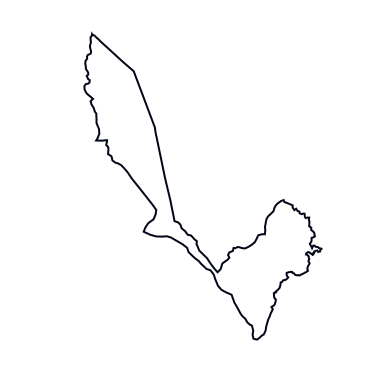 Drouseia, Paphos, Cyprus (Natural Earth projection), rotated 16°
{"feature_id": "46923920B78950527939892", "entity_name": "Drouseia", "entity_type": "district", "adm_level": 2, "iso_a3": "CYP", "parent_name": "Cyprus", "parent_adm1": "Paphos", "projection": "natural_earth1", "projection_center": [32.368, 35.007], "detail": "fine", "context": "isolated", "style": "outline", "palette": "ink", "viewbox_px": 384, "rotation_deg": 16, "n_neighbors": 0, "source": "geoboundaries", "source_scale": "gbopen_adm2", "svg_char_len": 3606}
<svg xmlns="http://www.w3.org/2000/svg" viewBox="0 0 384 384"><g transform="rotate(16 192 192)"><path d="M282.4,174.5L280.1,176.1L278.7,177.9L277.5,179.3L276.1,182.0L275.6,184.7L275.6,188.1L273.5,191.8L271.9,194.3L271.3,196.3L271.1,198.4L271.5,202.6L271.8,205.4L273.1,209.0L273.7,212.6L271.1,213.2L267.6,215.4L267.0,219.4L266.2,223.0L264.3,225.8L262.2,228.3L260.2,230.2L258.4,231.7L255.7,232.1L251.4,232.1L248.8,234.2L247.4,234.3L247.5,237.4L244.6,239.7L244.0,242.6L246.0,244.9L245.0,247.1L242.9,249.8L240.9,252.3L240.8,258.2L238.7,262.1L233.9,259.0L229.0,255.2L224.6,251.4L215.1,246.3L212.8,243.3L210.8,241.0L210.2,237.9L207.2,236.7L204.8,235.1L203.2,234.1L199.7,234.3L196.3,231.6L192.1,229.8L189.9,226.6L187.0,225.0L183.3,224.9L173.4,205.8L162.4,186.3L140.0,143.7L138.6,140.3L102.7,92.0L90.2,86.2L62.4,72.4L60.1,71.0L58.0,70.1L55.4,68.6L52.5,68.0L52.4,67.9L52.6,69.7L51.8,71.1L52.1,71.8L52.7,74.1L53.6,75.8L53.6,78.1L53.7,80.2L54.7,82.1L55.7,83.8L56.4,85.2L56.5,86.9L55.2,88.1L54.0,89.1L53.7,90.6L54.5,92.8L53.6,95.1L53.9,97.9L55.2,100.2L56.0,102.8L57.6,104.2L59.3,105.9L59.9,107.8L58.8,109.5L61.2,112.2L62.9,112.7L63.3,114.9L62.4,116.5L60.3,117.4L59.4,119.9L60.4,122.8L62.3,125.2L64.1,126.6L67.6,128.1L71.2,129.8L69.5,132.7L71.3,135.6L74.3,138.2L76.5,141.6L78.4,143.0L79.2,145.6L80.2,148.4L81.1,151.8L83.0,154.4L85.2,157.0L86.1,159.5L86.9,161.7L86.3,166.8L85.7,168.9L90.9,167.6L92.0,167.2L96.0,165.6L96.3,166.2L96.6,170.5L98.9,171.8L99.9,173.9L100.8,178.6L104.8,179.9L106.8,183.6L108.9,184.4L110.0,184.9L112.9,184.9L116.5,185.7L119.5,187.4L124.7,190.8L130.5,195.7L147.2,207.6L156.9,214.6L162.6,219.1L163.2,223.6L162.6,228.8L158.5,234.1L157.0,238.9L156.5,243.5L163.6,244.6L169.8,244.6L175.4,243.2L180.0,241.5L184.1,241.5L197.2,244.8L202.7,247.0L205.3,250.7L209.1,252.8L213.5,255.0L217.5,256.5L220.6,258.6L227.3,262.0L231.3,262.1L234.5,264.5L236.3,266.2L238.0,268.9L242.9,275.1L247.3,277.9L251.5,278.9L258.4,279.9L263.3,286.7L265.8,289.0L272.4,295.7L274.7,297.5L278.2,299.2L279.6,300.5L281.0,302.0L283.9,303.4L286.4,303.9L289.1,308.4L289.6,312.5L291.5,316.1L292.4,316.1L295.3,315.9L297.3,313.2L298.6,310.9L299.2,310.2L300.2,309.3L300.9,305.5L300.8,303.5L300.4,300.6L300.4,297.2L300.4,293.8L301.0,289.9L301.1,287.4L302.0,282.4L300.1,280.7L302.4,277.8L302.6,274.7L302.3,272.3L300.3,271.1L299.3,268.7L298.6,266.7L299.4,266.1L299.1,266.1L300.2,264.3L301.7,262.1L302.7,259.8L302.6,258.1L302.5,256.2L302.2,254.6L303.5,253.3L304.1,251.6L305.6,251.0L306.9,249.9L308.0,247.6L306.7,246.7L305.7,245.5L305.3,243.6L308.3,241.8L310.3,241.2L310.9,242.1L312.4,242.1L314.3,243.3L316.5,243.0L317.1,242.6L318.4,242.6L319.6,241.3L320.9,240.3L321.9,239.3L322.7,238.4L323.9,237.6L324.4,236.6L325.2,235.8L324.0,233.9L323.9,232.5L324.0,231.2L324.5,229.5L324.7,228.0L323.6,227.1L322.9,226.1L323.1,225.3L323.2,224.2L322.1,222.5L321.9,221.6L320.5,220.9L319.7,220.5L318.8,220.6L318.8,219.5L319.6,218.4L320.5,217.6L321.7,217.8L325.4,219.2L325.9,217.9L325.3,217.5L326.3,216.5L325.9,215.7L326.9,214.5L328.6,213.7L329.7,214.8L331.6,213.8L331.4,213.0L331.2,211.7L332.2,211.1L332.1,210.8L329.7,210.9L328.4,210.3L325.7,210.5L324.8,209.8L323.3,210.1L322.9,212.9L322.1,211.9L319.5,209.3L320.4,207.0L320.3,205.6L319.6,203.1L321.3,202.0L322.4,200.7L321.5,199.6L321.2,198.1L319.9,196.9L318.6,196.3L317.0,195.6L316.5,193.4L314.1,192.7L313.6,190.4L313.0,187.9L312.0,186.8L311.7,184.3L310.4,184.6L308.4,185.7L307.3,184.6L306.2,181.8L304.9,182.0L303.6,183.1L301.3,182.8L300.6,181.2L298.6,181.1L296.8,179.4L295.4,181.2L293.1,179.3L292.4,177.0L290.0,176.8L287.9,176.5L283.6,176.2L282.4,174.5Z" fill="none" stroke="#020617" stroke-width="2"/></g></svg>